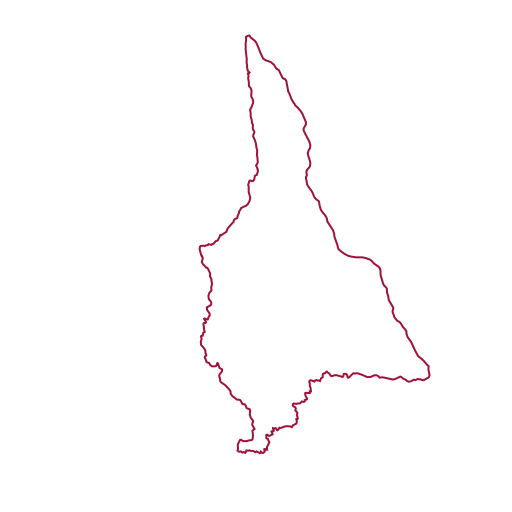 Nariño, Antioquia, Colombia, rotated 149°
{"feature_id": "7082276B90486615303500", "entity_name": "Nariño", "entity_type": "district", "adm_level": 2, "iso_a3": "COL", "parent_name": "Colombia", "parent_adm1": "Antioquia", "projection": "equal_earth", "projection_center": [-75.143, 5.553], "detail": "fine", "context": "isolated", "style": "outline", "palette": "rose", "viewbox_px": 512, "rotation_deg": 149, "n_neighbors": 0, "source": "geoboundaries", "source_scale": "gbopen_adm2", "svg_char_len": 6038}
<svg xmlns="http://www.w3.org/2000/svg" viewBox="0 0 512 512"><g transform="rotate(149 256 256)"><path d="M144.6,366.9L144.8,367.6L144.8,371.8L143.9,376.9L143.6,380.4L139.9,390.4L139.9,392.2L140.2,393.1L141.3,394.1L141.5,395.5L140.7,403.5L142.1,406.5L142.1,410.7L143.5,414.7L146.9,418.8L148.2,421.6L147.6,427.5L146.3,435.2L146.0,438.1L146.1,440.9L148.1,446.2L148.0,448.3L148.8,448.8L151.7,449.0L153.1,446.4L155.6,443.3L157.2,440.3L158.1,439.2L162.6,429.4L164.6,426.3L165.2,424.4L166.4,422.4L167.5,419.7L167.5,418.2L167.0,416.6L167.8,416.3L168.5,416.8L168.9,416.7L169.7,414.0L171.1,412.6L172.4,409.2L174.3,405.7L174.5,405.0L174.1,402.5L174.7,399.9L177.2,396.4L178.0,394.9L178.1,392.1L178.8,389.9L179.4,389.0L181.6,387.1L183.8,385.5L184.5,385.4L185.2,384.4L185.9,384.2L186.9,381.3L188.5,378.8L189.8,374.3L190.8,372.2L191.2,369.6L192.3,368.4L193.4,366.2L193.3,364.2L193.5,363.3L194.4,362.2L195.4,361.7L196.8,360.2L197.3,355.9L198.0,352.9L199.9,348.4L200.4,346.2L203.4,341.8L203.9,340.1L206.0,335.8L206.9,334.8L209.4,333.5L209.6,330.7L210.0,330.0L209.8,329.6L210.8,327.5L213.6,325.1L214.9,325.4L215.8,325.2L217.8,322.8L219.5,321.8L220.5,322.1L222.4,323.8L223.4,323.5L226.2,320.8L226.4,319.5L229.3,314.6L230.9,308.8L233.3,306.4L236.4,304.6L239.1,304.2L242.1,304.7L244.2,304.7L245.7,303.6L247.3,303.1L248.4,301.7L250.8,300.0L252.6,298.2L255.7,298.5L256.7,297.9L257.8,296.6L258.6,296.6L266.0,294.3L269.0,292.0L275.0,291.7L275.2,292.2L276.0,292.3L278.2,290.5L279.2,290.1L280.8,289.0L282.8,289.5L286.0,288.4L287.1,288.7L288.6,288.5L290.6,290.6L291.8,290.2L293.9,291.0L295.0,291.0L295.6,291.8L298.0,293.0L299.3,292.8L300.8,290.9L302.4,285.5L302.6,283.9L302.3,283.9L302.7,281.7L303.3,280.9L305.5,278.9L305.7,276.1L305.3,275.0L304.8,271.9L304.0,271.2L303.8,270.5L303.8,269.1L304.3,264.5L305.9,262.4L306.2,258.8L307.1,257.5L307.6,255.5L309.1,253.5L310.5,252.3L311.9,249.4L315.3,248.2L317.3,246.4L318.7,243.1L318.2,240.9L318.3,239.1L319.4,237.5L319.9,237.2L324.6,237.3L325.7,235.0L325.4,230.7L326.1,229.0L327.9,228.2L330.1,226.5L330.8,227.0L332.3,229.0L332.8,228.9L332.9,225.1L333.5,224.6L335.3,225.3L335.9,225.0L336.6,223.9L337.3,221.7L338.1,220.6L339.1,217.3L340.5,217.5L342.7,215.1L344.0,215.7L344.6,215.4L345.3,213.0L347.5,210.9L348.8,208.3L348.7,206.8L348.2,204.9L348.0,201.2L349.2,199.0L349.6,196.6L350.0,196.2L351.5,196.2L352.2,195.3L352.4,193.0L353.0,190.7L352.6,189.9L351.3,188.5L351.4,186.5L350.7,184.4L349.6,183.4L347.2,182.3L346.2,182.5L344.7,184.0L344.1,184.0L343.9,183.4L344.9,179.3L344.8,178.6L343.6,176.7L343.6,175.8L344.7,174.6L348.1,173.3L349.0,172.6L349.5,171.8L350.0,169.4L351.1,167.2L351.2,166.3L348.8,160.8L347.8,155.9L347.5,153.3L348.6,151.1L348.5,148.4L346.3,142.8L344.1,141.1L343.6,140.2L343.9,136.0L342.0,134.6L341.9,132.8L342.4,130.6L341.9,129.6L340.4,128.1L340.5,126.5L342.8,123.7L343.6,121.0L343.8,119.9L343.4,116.9L343.6,115.8L346.0,113.7L346.3,112.4L346.3,108.5L349.1,108.0L350.9,103.9L353.3,100.7L354.6,100.4L357.0,101.6L359.5,102.1L362.6,104.2L363.4,106.1L364.2,106.6L367.8,104.5L369.0,103.3L370.5,100.3L372.1,98.6L371.3,96.9L369.6,96.3L369.0,94.6L367.5,94.2L366.7,92.8L365.4,93.4L364.4,94.3L362.8,93.0L361.7,92.8L361.1,91.8L358.8,90.3L357.6,88.1L356.2,88.3L354.3,85.1L353.6,85.0L352.7,85.8L352.1,84.0L351.0,83.5L349.4,83.8L348.6,84.9L348.8,85.7L348.4,86.2L347.7,86.0L346.7,84.4L346.2,84.2L345.3,86.2L344.7,86.8L340.5,89.4L340.4,91.7L340.0,93.1L340.8,94.1L340.9,94.7L339.4,97.2L338.9,97.3L338.3,97.0L337.7,95.3L337.1,94.9L333.6,94.6L333.2,97.5L332.5,97.6L331.4,96.8L330.7,97.1L330.4,97.8L330.4,99.2L330.1,99.7L329.0,98.7L327.8,98.4L327.6,97.7L327.8,96.2L327.3,95.5L326.2,95.7L324.4,96.8L323.1,95.8L320.8,95.3L319.9,95.4L319.3,94.9L317.8,94.6L314.4,92.3L313.5,90.8L311.4,91.8L307.8,91.6L307.2,91.9L305.9,93.8L305.5,95.5L305.2,95.5L304.7,94.7L303.9,95.1L303.2,97.2L303.1,98.2L301.3,100.4L301.8,103.5L300.5,104.6L300.2,105.9L301.2,107.6L301.5,108.9L300.5,110.1L299.7,110.1L297.4,108.4L296.2,108.1L294.1,107.0L291.6,107.7L290.8,106.7L289.6,106.2L289.0,106.4L288.4,107.4L286.1,106.9L285.7,107.3L285.5,110.9L284.5,113.1L283.7,113.0L280.5,110.8L280.0,111.1L279.6,112.3L278.6,111.7L277.2,114.7L276.8,117.0L275.4,119.2L275.3,120.3L274.8,121.2L273.4,121.5L271.5,119.6L270.6,118.2L269.5,118.8L267.9,118.5L267.6,117.8L266.6,117.2L265.6,115.8L263.4,117.6L261.4,117.7L259.7,120.1L259.1,120.5L258.4,120.5L257.6,119.9L255.2,120.6L254.7,120.4L254.5,119.0L253.7,117.5L253.7,115.3L253.4,114.4L252.1,113.7L250.0,113.3L248.4,112.4L244.0,107.7L243.2,107.9L241.6,109.6L240.6,109.3L239.8,108.6L239.4,108.2L239.2,107.1L239.9,105.0L239.8,104.2L238.6,104.1L233.3,105.3L232.6,105.2L231.8,104.2L230.2,103.8L229.2,103.0L226.1,99.3L223.1,95.0L220.2,93.3L216.0,92.8L214.4,91.9L213.3,90.6L212.7,88.0L210.7,87.3L209.1,86.1L202.6,79.9L200.9,79.0L194.4,78.3L193.9,77.7L193.0,75.1L191.5,72.9L190.7,70.7L189.8,69.6L187.8,68.8L184.5,68.7L183.2,67.5L180.8,67.3L179.4,66.0L178.6,65.8L177.6,64.1L176.3,63.2L171.1,63.0L170.0,63.3L168.6,64.5L166.6,70.0L164.8,72.7L165.5,75.3L166.3,80.2L168.6,86.9L168.3,93.5L167.3,102.3L167.8,108.7L166.9,112.4L166.0,113.5L165.8,115.2L166.6,119.5L166.6,123.9L167.0,125.6L168.3,127.7L168.9,132.4L168.3,134.5L167.9,137.2L167.2,138.6L165.6,139.9L164.9,141.5L164.9,149.8L163.3,153.5L162.6,157.0L160.7,160.7L160.6,161.5L161.4,165.0L161.3,166.8L159.1,175.2L156.5,180.1L156.2,182.0L156.4,183.6L158.7,188.7L159.4,192.3L160.0,194.0L162.7,197.4L165.5,200.1L170.9,203.3L175.1,206.8L177.0,208.9L179.1,212.4L180.4,215.3L181.6,218.6L181.6,220.5L180.6,223.4L179.0,231.4L178.3,233.4L177.6,234.5L176.7,238.5L177.1,248.7L176.0,251.5L175.7,254.2L176.6,260.7L176.5,262.7L175.4,266.8L174.0,270.0L174.0,270.7L175.1,273.4L175.7,276.2L174.9,281.4L174.9,283.4L175.4,288.5L175.3,291.3L174.2,293.7L173.2,296.8L172.5,297.9L170.9,298.8L169.8,301.6L169.0,302.7L167.6,303.6L163.8,304.9L161.7,307.4L161.0,309.0L159.6,314.9L158.7,317.5L156.0,319.8L154.5,320.3L152.4,322.9L151.4,326.3L150.6,338.3L150.2,339.8L149.2,341.0L145.4,343.1L144.3,344.9L143.0,354.0L143.0,356.4L143.7,361.2L144.8,364.9L144.6,366.9Z" fill="none" stroke="#9f1239" stroke-width="2"/></g></svg>